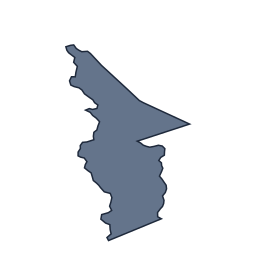 Comendador Levy Gasparian, Rio de Janeiro, Brazil, rotated 249°
{"feature_id": "56859067B81478228357655", "entity_name": "Comendador Levy Gasparian", "entity_type": "district", "adm_level": 2, "iso_a3": "BRA", "parent_name": "Brazil", "parent_adm1": "Rio de Janeiro", "projection": "equal_earth", "projection_center": [-43.248, -22.053], "detail": "fine", "context": "isolated", "style": "filled", "palette": "slate", "viewbox_px": 256, "rotation_deg": 249, "n_neighbors": 0, "source": "geoboundaries", "source_scale": "gbopen_adm2", "svg_char_len": 1379}
<svg xmlns="http://www.w3.org/2000/svg" viewBox="0 0 256 256"><g transform="rotate(249 128 128)"><path d="M29.9,69.5L31.3,126.6L34.5,123.9L38.5,125.3L41.0,129.3L42.4,132.1L44.7,134.2L47.6,135.7L52.2,135.9L54.4,139.7L57.4,142.2L60.9,143.1L64.6,142.2L68.1,141.4L71.8,140.1L75.4,143.8L78.0,146.1L80.8,145.9L83.5,146.7L86.6,145.1L88.8,148.0L89.6,152.2L92.8,153.6L95.5,155.0L98.9,153.5L101.0,150.2L101.5,145.7L102.3,141.4L104.3,138.6L106.5,136.1L109.5,134.4L112.4,131.9L109.6,186.9L146.1,151.4L149.6,148.4L165.4,140.8L195.9,125.7L211.0,119.6L214.1,117.7L215.8,112.2L218.3,109.9L220.8,108.2L225.0,107.1L225.8,103.9L226.1,99.1L222.5,98.8L219.6,99.5L212.9,103.6L208.8,100.8L203.7,102.8L198.6,99.3L194.7,97.1L196.1,93.6L193.0,90.3L188.6,90.0L186.0,92.5L183.1,96.6L180.0,98.6L175.5,99.6L170.1,103.1L166.9,105.3L163.6,105.9L160.3,108.1L157.4,106.0L158.0,101.6L160.0,98.8L159.9,94.8L156.1,98.4L152.4,99.5L148.6,101.9L144.0,103.7L140.7,100.7L137.3,98.2L136.2,94.6L132.7,92.7L129.3,91.9L129.7,84.6L130.9,80.4L128.7,77.1L125.9,76.2L123.4,72.8L119.9,71.4L117.7,73.4L115.7,76.4L111.3,77.6L109.2,75.1L106.4,73.1L102.7,75.2L99.3,77.5L95.4,77.2L91.4,76.8L87.8,78.9L85.0,80.2L82.1,81.0L76.9,83.0L73.3,88.0L68.8,88.0L65.0,85.5L61.6,82.8L56.9,83.2L56.0,79.2L56.6,72.4L52.6,70.0L47.3,73.0L44.3,76.4L39.4,74.9L35.2,74.3L33.3,69.1L29.9,69.5Z" fill="#64748b" stroke="#1e293b" stroke-width="1.5"/></g></svg>